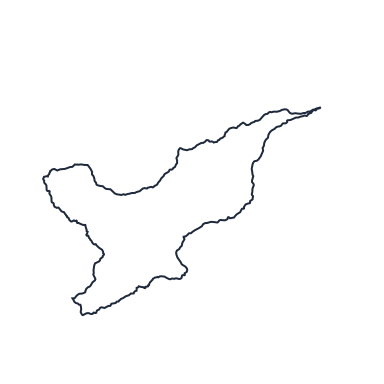 outline of Campamento, Antioquia, Colombia, rotated 67°
{"feature_id": "7082276B86795157011208", "entity_name": "Campamento", "entity_type": "district", "adm_level": 2, "iso_a3": "COL", "parent_name": "Colombia", "parent_adm1": "Antioquia", "projection": "orthographic", "projection_center": [-75.286, 7.07], "detail": "fine", "context": "isolated", "style": "outline", "palette": "slate", "viewbox_px": 384, "rotation_deg": 67, "n_neighbors": 0, "source": "geoboundaries", "source_scale": "gbopen_adm2", "svg_char_len": 6104}
<svg xmlns="http://www.w3.org/2000/svg" viewBox="0 0 384 384"><g transform="rotate(67 192 192)"><path d="M142.3,323.6L145.9,325.0L146.7,325.0L148.0,323.9L148.5,323.8L150.2,324.3L151.8,324.3L153.8,322.6L154.0,321.3L154.3,320.9L158.5,319.8L159.6,319.0L160.7,317.6L162.4,317.5L163.5,317.0L164.5,317.1L165.3,316.5L166.5,316.8L167.4,315.8L169.8,315.8L171.7,315.0L172.0,314.7L172.2,314.1L172.0,311.8L173.1,311.0L173.2,309.5L173.7,309.4L175.0,309.8L175.7,309.7L176.2,308.4L177.4,307.5L179.7,305.2L180.6,303.1L181.2,303.1L182.1,303.5L185.7,303.8L186.9,304.3L187.8,303.6L189.1,304.7L190.0,305.9L190.9,306.0L191.2,305.8L191.4,304.8L192.0,304.5L193.7,304.8L194.9,304.3L196.2,304.3L197.3,303.7L200.0,303.5L201.5,302.9L202.2,302.2L202.4,301.0L203.6,300.8L206.8,299.5L210.1,297.3L212.4,297.2L213.7,297.7L214.3,297.3L215.2,297.5L216.1,299.2L216.9,299.6L217.7,302.5L218.8,303.2L219.6,304.6L219.8,309.1L221.4,310.7L225.5,313.2L228.2,314.1L229.4,315.1L234.4,314.9L235.4,315.9L236.3,318.9L238.8,322.3L239.1,323.6L239.0,324.9L239.8,327.1L241.4,328.8L242.3,329.1L242.5,329.4L242.7,331.5L242.4,333.5L241.7,335.2L241.7,336.1L242.1,338.0L242.8,339.6L243.7,341.0L243.8,341.7L243.2,343.6L245.4,343.2L247.0,343.2L247.7,342.9L248.9,342.2L250.1,340.6L251.5,340.1L252.2,338.8L253.4,338.9L256.7,339.8L258.0,340.8L259.2,341.4L260.9,341.3L262.5,340.9L262.7,340.3L262.4,336.3L263.2,334.3L264.5,333.1L265.2,331.9L265.3,331.0L264.6,329.9L264.6,329.4L265.5,328.6L265.8,327.7L265.7,327.3L264.1,326.0L263.9,325.3L263.9,323.4L262.9,322.2L262.7,321.7L262.8,320.3L264.6,317.7L264.2,313.5L264.9,311.7L263.5,310.0L263.4,309.6L264.3,306.0L264.2,305.3L263.5,304.3L264.1,302.3L263.3,301.2L263.1,299.9L262.7,299.3L262.7,296.9L262.1,293.5L262.4,290.6L261.6,287.9L262.6,285.3L261.7,284.5L261.1,283.4L261.2,281.6L258.6,280.4L258.7,278.8L258.0,277.9L259.9,275.4L260.5,274.1L261.9,273.3L262.1,272.9L262.0,272.4L261.1,272.0L261.7,269.5L261.5,269.1L260.8,268.9L260.8,267.8L260.0,267.4L258.7,265.9L258.2,264.4L257.6,263.6L257.4,262.6L256.6,261.8L256.3,259.4L256.8,257.6L256.6,257.1L257.4,256.2L257.1,254.6L257.7,252.9L259.2,250.3L261.3,248.8L263.4,246.9L263.8,246.0L263.9,244.0L265.0,242.2L265.2,240.4L266.9,238.0L267.3,237.1L267.3,236.2L266.9,235.1L265.1,233.9L264.9,233.5L264.9,233.0L265.6,231.7L265.5,231.0L264.9,231.1L263.9,230.5L263.6,228.4L263.2,227.8L261.9,226.8L260.7,226.6L259.4,226.8L258.0,227.3L255.1,229.4L254.0,229.8L252.3,229.8L246.6,231.0L243.5,230.8L242.2,230.5L241.0,229.9L240.0,228.7L239.5,226.0L238.3,224.5L237.5,222.4L235.2,220.9L232.5,217.4L231.9,217.3L230.6,217.5L229.9,217.2L230.0,216.4L230.4,215.3L229.7,212.9L228.9,211.2L228.9,210.6L229.5,209.2L229.4,208.6L228.9,207.2L228.3,204.3L228.0,200.2L227.4,196.4L225.9,194.2L225.8,192.1L225.9,191.3L226.4,190.4L226.9,186.1L228.3,183.4L230.0,180.6L229.9,179.9L229.0,178.3L228.8,176.9L230.9,172.9L230.9,170.4L230.8,170.0L229.7,169.1L229.3,168.5L229.7,167.9L230.8,167.5L231.1,167.2L231.9,163.2L231.1,162.0L230.0,159.5L229.4,155.6L227.1,152.8L227.0,152.1L227.5,151.2L227.5,150.6L226.0,149.9L224.4,147.5L224.5,144.9L224.9,143.2L224.5,142.7L223.3,142.2L222.9,141.8L222.7,139.9L222.4,139.1L221.1,138.5L220.3,137.7L219.3,137.5L218.4,137.9L217.5,137.9L215.5,136.4L212.8,135.2L209.8,132.4L208.4,132.2L206.6,132.8L205.6,132.6L204.8,132.2L201.4,129.4L199.7,129.5L196.3,128.5L194.2,128.1L190.3,125.5L189.1,124.4L188.2,122.9L188.1,122.0L188.5,120.4L188.5,119.6L188.0,118.1L186.0,114.8L181.8,110.4L179.1,109.8L177.7,107.9L174.8,106.1L173.0,104.0L172.3,102.6L172.1,101.6L171.6,100.8L169.1,99.2L167.2,96.6L166.4,94.1L166.2,91.5L165.3,89.3L165.3,87.5L165.8,85.8L165.8,84.2L164.4,81.8L164.5,81.1L165.3,79.3L165.3,78.3L164.8,77.1L163.5,76.6L163.3,76.1L164.2,73.2L164.1,67.2L165.0,65.0L165.0,63.0L165.5,60.4L165.5,58.6L166.6,57.2L166.8,56.3L166.7,55.9L165.6,54.6L165.7,51.3L164.5,49.6L164.3,48.6L164.2,47.9L165.2,46.2L164.3,44.4L164.8,41.7L164.4,40.4L163.8,44.7L163.9,46.7L163.5,48.7L164.1,51.7L163.3,53.9L163.6,56.7L162.9,58.4L162.6,61.1L161.4,63.5L159.8,66.2L159.3,68.6L158.6,70.0L157.2,71.1L154.1,71.9L152.9,72.8L151.9,74.9L151.8,76.3L151.5,76.9L151.8,79.9L151.4,81.0L151.4,82.3L150.0,85.2L149.6,87.8L148.7,89.1L148.8,90.2L149.5,91.9L149.1,93.9L149.2,95.4L152.1,101.5L152.1,103.5L151.3,106.0L151.8,107.1L151.6,110.5L152.2,112.0L152.3,113.8L151.6,115.8L149.8,116.6L148.1,117.9L148.7,121.1L149.4,122.3L149.4,123.8L150.5,125.6L150.4,126.5L149.1,128.2L148.5,129.8L148.3,132.7L148.6,133.6L150.2,136.5L150.3,138.0L151.1,138.4L152.2,139.6L153.3,140.1L153.4,141.0L154.0,142.7L153.9,145.1L154.7,146.7L154.5,147.7L155.5,149.1L155.6,149.8L155.1,151.2L155.0,152.6L153.8,153.3L153.1,154.2L152.7,155.9L152.2,156.3L150.9,156.6L150.0,158.0L150.0,158.7L150.7,160.1L151.2,162.3L150.5,164.1L150.9,169.4L152.0,171.8L152.1,173.9L152.5,174.9L152.5,175.5L151.7,177.6L151.6,180.3L149.2,183.7L147.3,185.2L147.0,186.1L148.0,187.7L148.8,188.5L149.7,189.0L152.1,189.9L152.8,190.4L154.7,193.1L157.2,193.4L159.7,194.5L160.3,195.8L162.3,197.9L162.6,199.8L163.4,201.0L163.4,202.2L162.9,203.1L162.8,203.9L164.1,205.4L164.4,206.7L164.7,209.9L165.2,210.8L166.1,211.7L167.5,215.1L169.0,217.0L170.1,219.4L171.1,220.6L171.7,221.7L171.8,224.2L172.3,225.2L172.4,226.4L171.6,227.1L171.3,227.8L170.8,230.6L171.2,232.2L169.9,234.0L169.6,235.9L170.8,239.9L170.4,242.9L170.5,245.0L169.3,248.2L169.2,250.0L168.7,252.1L168.5,254.7L167.4,255.7L167.1,258.2L164.8,262.0L163.2,263.6L157.7,266.0L155.6,269.8L154.8,270.5L151.8,271.9L150.6,274.1L148.6,276.6L147.7,277.0L145.9,276.7L144.1,277.3L143.3,277.2L141.2,276.6L138.6,276.5L137.1,277.1L136.5,277.1L134.7,276.2L133.2,276.2L130.8,276.4L126.4,277.5L125.0,280.5L123.4,283.1L122.9,284.4L122.5,286.0L121.8,287.0L121.4,288.4L120.9,289.0L122.1,292.3L121.4,294.4L121.1,299.9L119.6,304.5L119.5,307.7L117.0,309.7L116.7,311.2L116.7,312.5L117.2,313.2L117.3,314.4L118.3,315.0L118.7,315.8L119.6,316.3L120.4,317.9L121.4,318.6L120.6,319.8L120.4,321.8L120.2,322.3L120.8,322.8L121.6,323.8L122.4,324.0L123.6,323.6L125.0,324.2L126.4,324.3L127.7,323.6L129.3,323.5L132.7,324.8L133.8,325.0L134.6,324.6L135.1,323.2L135.9,322.8L137.5,323.8L138.7,323.8L140.4,323.4L142.3,323.6Z" fill="none" stroke="#1e293b" stroke-width="2"/></g></svg>